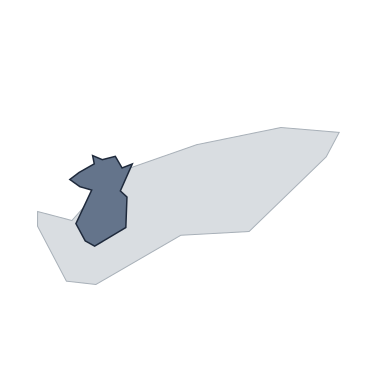 location of Al Wusţá within Bahrain, rotated 254°
{"feature_id": "BHR-4928", "entity_name": "Al Wusţá", "entity_type": "Governorate", "adm_level": 1, "iso_a3": "BHR", "parent_name": "Bahrain", "parent_adm1": "", "projection": "mercator", "projection_center": [50.59, 26.145], "detail": "fine", "context": "in_parent", "style": "filled", "palette": "slate", "viewbox_px": 384, "rotation_deg": 254, "n_neighbors": 0, "source": "natural_earth", "source_scale": "10m", "svg_char_len": 580}
<svg xmlns="http://www.w3.org/2000/svg" viewBox="0 0 384 384"><g transform="rotate(254 192 192)"><path d="M229.5,295.2L208.7,349.9L188.8,330.7L138.3,236.0L153.5,169.3L129.6,74.1L140.9,46.7L201.7,34.1L215.8,38.2L197.7,68.7L231.2,121.8L236.2,209.6L229.5,295.2Z" fill="#d9dde1" stroke="#a8b0b8" stroke-width="1"/><path d="M193.6,71.7L221.5,96.1L228.0,85.7L237.7,78.0L241.9,88.8L246.0,105.8L254.4,106.5L247.8,114.7L247.4,128.1L234.4,131.4L235.4,142.3L212.8,123.4L205.1,128.1L176.1,118.6L166.8,83.5L174.4,75.9L193.6,71.7Z" fill="#64748b" stroke="#1e293b" stroke-width="1.5"/></g></svg>